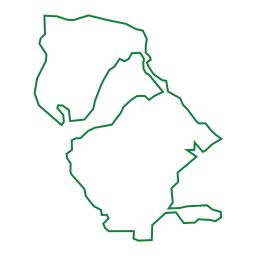 Téra, Tillabéri, Niger (Mercator projection)
{"feature_id": "23599985B14211003047249", "entity_name": "Téra", "entity_type": "district", "adm_level": 2, "iso_a3": "NER", "parent_name": "Niger", "parent_adm1": "Tillabéri", "projection": "mercator", "projection_center": [0.75, 14.304], "detail": "fine", "context": "isolated", "style": "outline", "palette": "green", "viewbox_px": 256, "rotation_deg": 0, "n_neighbors": 0, "source": "geoboundaries", "source_scale": "gbopen_adm2", "svg_char_len": 1594}
<svg xmlns="http://www.w3.org/2000/svg" viewBox="0 0 256 256"><path d="M66.5,153.9L67.2,158.3L70.6,163.4L70.5,172.4L71.9,174.9L84.3,188.9L85.9,196.2L93.8,206.2L101.0,210.0L101.7,215.0L106.8,214.8L108.6,218.4L103.3,223.7L105.0,227.9L108.8,231.2L133.9,231.1L133.5,238.6L138.4,240.6L151.7,240.1L152.3,225.0L165.6,213.0L175.8,212.3L183.7,223.0L195.0,222.6L198.2,219.3L209.8,219.9L215.5,221.2L221.1,217.3L220.8,211.9L212.4,209.5L207.0,205.3L187.1,206.3L179.8,208.0L168.6,208.5L172.7,202.6L171.5,188.3L178.2,181.8L177.6,172.6L196.5,156.7L187.0,150.0L194.4,149.8L194.7,142.6L202.8,151.8L205.4,150.6L212.2,144.3L221.4,138.8L215.8,134.8L211.4,130.8L205.4,123.3L198.8,123.3L196.2,121.1L187.4,109.3L182.8,104.6L180.2,98.3L168.0,91.6L166.2,80.8L162.3,80.3L153.5,74.1L150.2,69.1L148.5,66.4L146.9,62.4L150.7,59.7L149.9,56.6L145.7,52.6L145.8,45.9L146.8,39.1L145.1,35.3L142.8,30.6L135.9,29.1L126.0,23.9L124.8,23.6L117.5,22.1L108.5,20.3L88.6,15.4L73.1,20.2L67.0,19.7L56.9,16.3L44.4,15.7L45.0,34.3L40.8,38.1L39.4,43.6L46.4,54.4L45.9,61.1L37.1,78.4L34.6,93.2L38.8,105.3L61.5,125.0L63.8,121.9L63.3,115.0L57.4,108.2L58.1,105.4L62.5,105.4L68.9,110.1L69.4,115.1L70.2,121.1L84.5,119.5L93.2,109.0L94.9,101.2L101.0,85.2L103.8,79.6L109.3,70.1L114.4,66.6L119.6,58.9L124.4,61.2L128.7,59.0L131.8,53.2L140.1,52.8L143.8,58.4L143.8,61.0L143.2,62.3L143.6,69.0L145.7,72.9L149.1,74.9L163.0,91.9L154.7,95.8L149.1,99.9L144.8,96.0L137.3,96.0L131.8,99.4L123.5,107.0L120.7,113.0L117.5,117.2L111.8,124.7L95.1,127.7L88.5,130.7L80.4,138.2L75.9,138.3L71.7,140.3L72.0,149.8L66.5,153.9Z" fill="none" stroke="#15803d" stroke-width="2"/></svg>